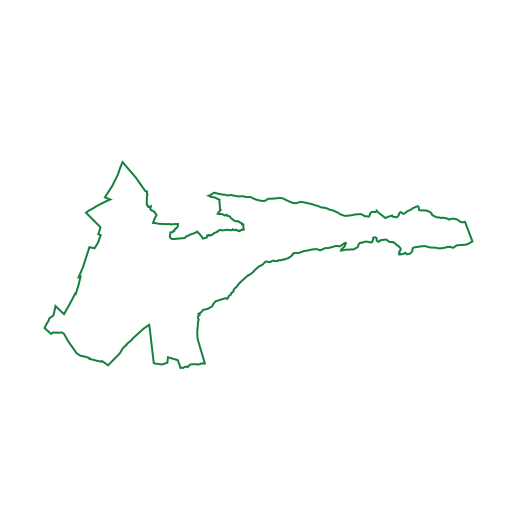 Huejotzingo, Puebla, Mexico (orthographic projection), rotated 175°
{"feature_id": "50627088B90352297212669", "entity_name": "Huejotzingo", "entity_type": "district", "adm_level": 2, "iso_a3": "MEX", "parent_name": "Mexico", "parent_adm1": "Puebla", "projection": "orthographic", "projection_center": [-98.474, 19.164], "detail": "fine", "context": "isolated", "style": "outline", "palette": "green", "viewbox_px": 512, "rotation_deg": 175, "n_neighbors": 0, "source": "geoboundaries", "source_scale": "gbopen_adm2", "svg_char_len": 6102}
<svg xmlns="http://www.w3.org/2000/svg" viewBox="0 0 512 512"><g transform="rotate(175 256 256)"><path d="M44.8,271.8L47.3,271.5L50.0,272.6L50.6,273.4L52.7,275.0L56.2,276.0L58.9,276.0L60.1,275.3L62.4,276.7L66.6,277.9L68.4,277.7L70.1,278.5L71.6,278.5L73.3,279.2L76.5,281.1L77.2,282.0L77.4,283.1L78.9,284.7L81.8,286.3L84.6,286.8L89.0,287.2L89.4,287.5L89.6,288.1L89.6,290.2L90.1,291.3L90.8,291.5L95.8,289.9L97.4,288.8L101.3,287.4L104.9,285.1L105.9,285.3L107.9,287.1L109.3,286.5L110.0,284.7L110.7,283.6L112.4,282.3L116.6,283.4L116.9,284.4L120.3,283.7L123.8,282.6L130.2,288.5L131.5,290.1L131.5,289.7L132.5,289.9L133.4,289.3L135.1,289.8L136.7,289.8L137.5,289.5L138.0,289.1L139.9,285.5L141.0,285.5L142.5,286.0L144.0,286.1L147.2,288.3L149.0,288.7L150.5,288.6L152.5,288.8L158.5,288.2L163.3,288.1L164.4,288.4L168.6,290.3L170.8,292.2L175.9,294.9L179.0,295.9L181.1,297.2L183.9,298.2L186.5,298.6L190.7,300.8L192.9,301.4L195.2,302.6L203.9,305.4L207.1,306.1L210.5,305.2L213.9,305.3L219.2,308.0L224.3,311.1L226.0,311.5L228.8,311.8L231.5,311.6L239.2,311.9L240.6,310.9L242.3,310.2L244.3,310.2L246.7,310.7L250.8,312.1L252.7,313.0L256.3,315.2L261.2,315.7L263.6,316.7L269.1,317.0L275.8,319.0L278.0,318.8L279.8,319.0L281.6,319.8L284.5,320.1L285.2,320.6L287.6,321.1L292.2,322.7L295.7,320.9L297.7,320.2L297.1,320.0L296.9,319.5L296.1,318.9L294.4,318.6L290.9,317.4L289.4,316.2L287.4,315.2L287.6,314.6L287.7,309.2L287.7,304.8L287.4,304.7L290.0,302.2L290.5,301.4L288.8,300.8L287.2,301.0L285.5,300.4L283.9,299.2L282.8,299.2L282.5,299.5L282.1,299.6L281.4,299.4L281.1,298.9L281.2,298.7L280.7,298.4L279.4,298.0L278.3,297.4L277.9,296.1L274.5,293.1L272.2,292.1L270.9,292.3L270.3,292.1L269.5,291.1L266.8,289.5L267.1,288.6L265.9,288.3L266.1,285.0L265.8,283.5L266.9,283.1L267.6,283.4L268.5,283.0L269.5,283.0L270.1,282.1L272.4,283.0L273.1,283.8L273.5,283.5L274.3,283.5L274.7,283.8L275.1,283.7L276.0,284.1L276.8,284.6L277.4,284.0L279.1,283.8L280.5,284.4L281.6,284.3L282.3,284.7L287.8,284.4L289.0,285.2L290.8,284.6L291.9,284.1L291.9,283.8L293.7,283.1L293.9,282.9L295.7,282.5L296.6,281.6L297.4,281.4L297.5,281.1L298.7,280.6L300.1,280.8L300.5,280.3L301.0,280.6L301.2,281.0L301.6,280.7L302.8,280.8L303.0,279.6L303.4,278.8L307.4,278.0L308.5,280.2L312.3,285.4L315.0,284.2L320.3,282.9L321.3,282.2L323.5,281.8L324.1,281.4L325.4,280.1L338.1,280.1L339.8,281.7L340.2,282.9L339.3,285.8L339.2,286.9L336.8,287.1L336.1,288.2L335.1,288.2L334.5,290.0L333.1,290.4L331.7,291.9L331.3,292.6L330.9,294.6L334.9,295.0L337.2,294.8L339.7,295.4L342.1,295.5L350.3,296.6L352.7,297.4L355.7,297.9L353.6,302.3L351.5,305.4L353.4,308.9L354.5,309.8L355.8,310.4L356.7,311.0L357.1,311.6L357.2,312.1L356.4,314.7L358.3,314.1L359.2,314.3L359.6,315.2L359.5,316.1L359.9,316.7L360.3,316.7L360.1,319.8L359.4,324.9L359.1,325.9L358.7,326.6L359.2,327.7L358.9,329.8L360.7,330.5L369.1,344.9L380.8,361.2L384.6,353.6L386.2,349.6L393.1,338.3L401.4,327.6L396.3,325.0L400.5,323.6L409.3,320.1L416.4,316.6L417.2,316.5L421.6,314.0L408.5,298.3L408.3,298.5L409.0,296.4L411.2,291.5L408.9,290.3L412.2,283.1L416.2,277.7L421.2,279.3L429.4,259.8L434.5,250.3L432.6,250.7L435.5,242.0L438.9,233.9L439.5,234.3L443.3,228.1L452.3,214.8L460.1,223.6L462.8,214.8L463.3,214.2L467.0,212.2L467.8,211.0L468.4,209.4L470.3,207.0L472.9,202.7L467.0,196.3L464.3,197.6L463.1,197.2L461.2,197.1L460.1,196.7L456.1,196.8L454.0,195.1L450.7,187.7L443.2,174.8L439.7,172.0L436.2,171.0L430.9,168.9L430.9,168.1L423.4,165.4L419.3,164.2L419.1,164.7L418.3,164.6L412.9,160.0L400.2,170.8L396.9,175.4L394.9,177.2L393.1,178.3L392.6,179.0L392.8,179.1L392.6,179.3L391.9,179.9L387.5,183.0L386.1,184.3L386.1,184.5L374.4,193.4L368.5,196.7L368.2,194.0L367.2,158.3L366.1,157.7L359.1,156.1L353.6,157.4L352.5,162.8L342.9,159.0L341.0,151.0L339.9,151.3L338.3,150.8L337.0,151.6L334.8,151.9L333.5,151.3L332.6,152.5L330.9,153.5L330.2,153.7L326.6,153.6L324.1,153.2L323.6,152.9L321.1,153.2L320.7,153.6L320.0,153.4L318.3,153.8L316.6,153.2L316.3,153.3L321.4,178.5L321.3,184.2L320.8,187.5L319.4,195.5L318.6,197.6L319.1,198.5L319.2,200.1L318.8,201.2L318.2,201.7L317.3,202.0L317.3,202.5L318.2,203.5L316.7,204.0L315.2,205.0L313.4,206.9L308.6,207.6L304.4,209.5L303.7,210.0L303.2,211.2L301.3,213.4L299.9,214.5L289.9,216.7L289.5,216.1L288.2,215.9L286.5,218.5L284.5,219.7L283.7,221.4L281.7,222.3L281.4,223.7L280.2,225.3L279.4,226.1L278.5,226.4L276.5,228.8L273.8,231.3L265.9,237.2L265.4,237.2L265.2,237.7L263.6,238.0L260.0,240.5L259.8,240.8L256.6,243.5L254.1,245.2L252.4,246.0L250.6,246.5L247.3,249.4L246.1,249.7L243.6,248.8L242.3,248.7L240.8,249.6L239.6,249.8L239.2,249.7L238.9,249.9L237.6,249.3L236.3,249.1L235.1,249.2L233.9,249.7L233.7,249.5L233.2,249.8L232.1,249.5L231.4,249.9L230.4,249.7L228.9,250.3L228.6,250.1L227.7,250.0L225.7,250.8L224.0,251.0L223.1,251.5L222.8,251.9L221.5,252.3L220.0,253.7L219.6,253.7L219.4,254.5L218.9,254.8L218.8,255.1L218.4,255.2L217.7,255.8L216.4,255.4L213.7,255.3L210.5,255.9L207.8,256.8L204.8,256.9L199.4,257.6L196.7,257.7L195.4,257.6L193.8,257.2L191.6,256.0L186.4,257.8L183.2,257.6L175.0,259.1L171.8,258.3L170.7,258.6L169.4,259.6L167.9,260.2L166.9,261.0L165.8,261.3L165.3,260.7L166.0,260.1L166.9,257.7L170.2,255.3L170.8,254.0L165.0,254.5L163.2,254.2L160.6,254.3L158.2,254.0L154.3,255.8L153.5,256.7L152.9,258.4L152.2,259.3L151.0,260.1L148.7,260.0L147.8,260.5L145.2,260.8L143.0,260.3L140.8,259.5L139.3,259.6L139.0,259.9L138.3,261.7L137.8,262.4L137.6,264.1L136.5,264.2L135.6,264.2L134.6,263.6L134.2,263.0L134.5,261.1L133.8,260.1L133.0,259.5L132.5,259.9L131.6,259.8L131.2,260.6L130.3,260.9L125.2,261.1L123.9,260.3L122.7,259.0L121.5,258.3L119.4,258.0L118.2,258.0L117.6,257.7L117.4,257.1L115.5,255.8L115.0,254.6L114.1,254.0L113.5,253.8L111.3,251.0L111.2,250.0L111.7,249.2L112.7,248.3L112.6,246.8L113.4,246.6L113.5,246.4L113.0,244.9L109.1,245.2L106.9,246.2L105.6,244.6L104.9,244.5L104.4,244.7L102.6,244.8L101.0,245.9L99.9,247.2L99.3,249.9L98.4,250.6L95.7,251.0L92.4,251.0L91.5,251.3L86.5,251.1L82.7,249.6L80.0,249.0L77.3,248.8L73.2,247.7L69.5,247.5L68.1,247.9L67.0,247.7L64.2,248.5L63.1,248.1L61.4,248.2L59.6,247.1L58.6,247.1L55.2,249.1L46.7,249.0L44.8,249.2L39.1,251.6L44.8,271.8Z" fill="none" stroke="#15803d" stroke-width="2"/></g></svg>